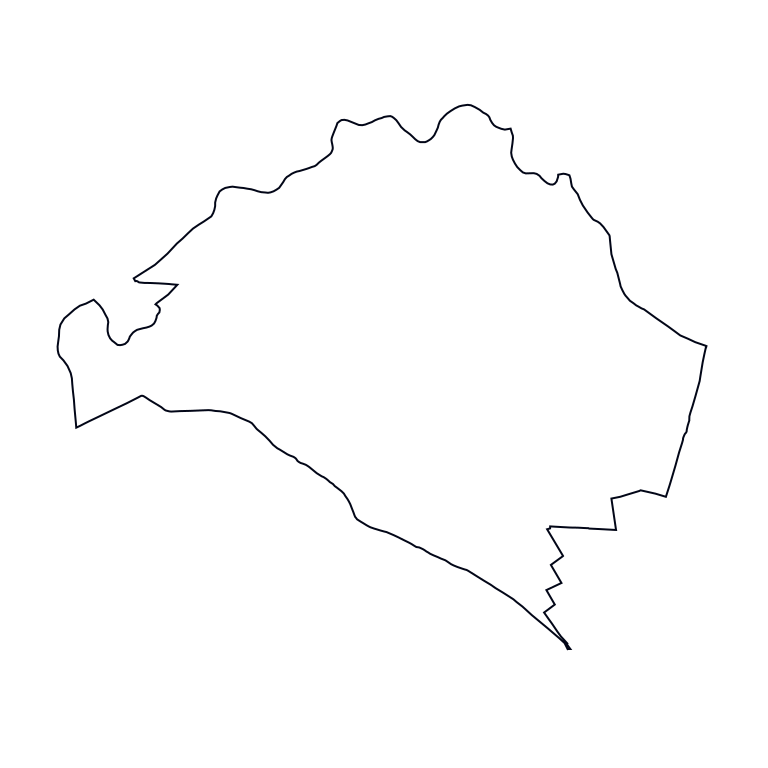 BOD, Brasov, Romania, rotated 267°
{"feature_id": "2599482B89671579374338", "entity_name": "BOD", "entity_type": "district", "adm_level": 2, "iso_a3": "ROU", "parent_name": "Romania", "parent_adm1": "Brasov", "projection": "albers", "projection_center": [25.636, 45.77], "detail": "fine", "context": "isolated", "style": "outline", "palette": "ink", "viewbox_px": 768, "rotation_deg": 267, "n_neighbors": 0, "source": "geoboundaries", "source_scale": "gbopen_adm2", "svg_char_len": 6125}
<svg xmlns="http://www.w3.org/2000/svg" viewBox="0 0 768 768"><g transform="rotate(267 384 384)"><path d="M583.9,568.9L581.7,568.7L577.3,567.0L575.1,565.0L574.3,563.0L574.6,560.4L575.9,557.7L578.3,554.9L581.3,552.0L583.8,550.2L585.8,547.5L586.7,544.6L586.8,540.8L586.9,536.6L588.0,533.8L590.4,531.3L593.7,528.4L597.3,526.3L601.3,524.5L604.5,523.5L608.3,523.1L611.7,523.7L617.2,524.8L622.8,525.7L625.2,525.7L628.6,524.7L632.4,523.8L631.7,518.0L632.1,516.6L632.7,514.5L633.9,511.8L635.0,509.5L636.6,507.4L639.1,505.6L642.2,504.0L644.8,503.2L646.6,502.0L648.3,500.0L649.8,497.3L652.8,493.9L655.8,489.2L657.8,485.4L658.4,482.1L657.9,476.7L657.3,473.5L655.5,469.1L653.1,464.8L650.7,461.0L648.2,458.1L646.8,456.8L644.9,454.7L643.0,453.4L640.1,452.1L637.2,451.2L634.5,449.8L629.9,447.3L628.1,445.7L626.3,443.7L625.2,441.9L624.0,439.6L623.4,437.8L623.5,435.6L623.6,433.5L623.7,432.6L624.8,430.3L626.9,427.9L629.3,425.7L631.9,423.2L634.5,420.1L636.2,417.9L639.8,414.5L643.6,412.2L646.8,410.1L648.9,408.0L650.4,406.2L651.2,404.4L651.1,401.6L650.7,398.1L649.7,395.5L649.1,392.5L647.8,388.8L646.2,385.6L645.1,382.0L644.1,379.0L643.6,375.8L644.0,372.4L645.4,369.4L649.1,361.4L649.9,358.2L649.8,355.4L648.9,353.7L647.0,351.1L644.4,350.1L637.5,346.9L635.7,346.1L633.9,345.3L632.3,344.7L630.4,344.3L628.2,344.5L626.5,344.8L624.2,345.1L622.4,345.2L621.1,345.0L619.3,344.2L617.6,343.3L616.3,342.0L614.6,339.7L613.4,337.9L612.1,335.9L610.2,333.0L608.5,330.6L606.3,328.1L605.2,326.2L604.5,323.3L603.6,320.5L602.8,317.7L601.9,314.0L601.1,310.7L600.7,308.0L599.8,305.3L598.7,302.7L597.1,300.2L595.8,297.8L593.8,295.8L590.9,293.9L585.4,289.6L583.7,286.8L582.2,283.8L581.3,280.7L581.0,278.2L581.5,275.2L582.0,271.5L583.1,267.9L584.3,264.9L585.4,261.6L586.2,257.7L587.1,253.9L587.6,250.4L588.4,246.1L589.0,243.1L588.8,240.3L588.1,235.7L586.7,232.6L584.9,229.9L580.9,227.5L578.1,226.1L574.1,224.9L570.5,224.7L566.8,223.7L563.5,222.3L560.4,220.3L555.7,212.6L552.9,207.5L549.2,201.4L545.0,196.4L539.8,190.5L535.1,184.5L525.5,174.6L515.0,161.5L502.6,139.6L499.7,141.0L499.8,142.2L499.4,143.3L498.5,144.3L498.2,145.2L497.5,149.9L497.1,155.9L496.3,164.2L495.7,169.6L495.1,174.6L494.7,177.0L493.9,182.8L487.5,176.2L484.6,173.2L476.6,161.2L475.5,160.0L474.1,161.8L471.5,163.9L469.7,164.0L467.2,163.4L465.9,162.0L464.1,160.7L462.0,160.3L458.8,159.0L456.4,157.5L454.5,155.0L453.6,152.8L452.8,149.7L452.3,146.3L451.5,142.4L451.0,140.2L449.9,138.2L448.6,136.2L447.1,134.8L445.5,133.4L444.5,132.6L443.6,132.3L441.7,131.4L439.9,130.3L437.6,127.5L436.9,124.9L436.6,122.5L437.0,119.9L438.3,118.5L440.1,116.5L441.5,114.8L443.9,112.9L447.4,111.4L450.9,110.8L453.2,110.8L457.2,111.3L460.2,111.9L463.9,111.3L467.8,109.4L473.1,107.0L477.5,104.0L483.4,98.5L479.9,90.6L478.1,84.4L474.7,78.9L469.9,72.9L466.3,68.2L460.3,64.0L455.2,62.5L448.7,61.9L444.0,61.0L438.5,60.0L434.6,60.0L431.3,60.5L428.3,61.7L424.4,65.1L418.5,68.9L411.3,71.7L406.0,72.6L400.3,72.7L392.8,73.0L384.7,73.5L375.2,73.7L367.9,74.0L360.4,74.3L356.5,74.4L358.2,78.5L360.2,82.9L362.2,87.5L366.3,97.4L372.9,113.2L378.5,126.7L383.4,137.7L384.4,139.8L384.9,140.9L384.9,142.0L384.5,143.2L383.0,145.4L380.1,149.2L379.1,150.7L372.6,160.3L369.7,163.5L369.0,164.6L368.5,166.2L367.9,168.2L367.6,170.0L367.6,178.8L367.3,189.6L367.2,199.7L367.1,207.3L366.8,210.0L365.9,214.2L365.3,219.1L363.5,226.7L363.1,228.3L362.4,230.0L361.4,231.9L357.4,239.3L353.5,247.4L351.8,250.0L349.5,251.8L345.9,254.4L344.8,255.5L341.7,258.9L338.0,262.7L333.3,266.8L329.1,270.0L327.3,272.0L325.4,274.1L324.0,276.4L320.1,282.0L318.9,283.7L317.5,286.3L316.0,289.8L314.6,291.7L313.6,292.5L311.7,293.6L310.6,294.9L309.5,296.6L308.7,298.8L307.4,301.7L306.3,303.3L305.0,305.0L302.8,307.4L298.5,312.1L296.3,315.2L295.0,317.1L294.2,318.8L292.2,321.5L290.4,323.4L288.9,324.8L286.8,327.8L284.6,329.5L283.0,331.5L279.2,335.9L276.7,338.2L274.2,339.5L271.2,341.4L268.5,342.8L265.8,344.0L261.8,345.3L257.3,346.8L254.3,347.7L252.7,348.3L252.0,348.9L250.3,350.0L249.0,351.8L247.5,353.9L246.1,356.0L243.8,359.3L242.5,361.4L241.6,363.0L241.0,364.5L240.1,366.7L239.4,368.7L238.0,372.5L236.7,376.4L236.0,378.8L235.0,380.8L232.6,385.7L230.4,389.8L227.2,395.4L224.3,400.6L222.7,403.2L221.4,405.0L220.0,407.0L219.5,407.8L219.2,409.4L218.9,410.7L217.9,412.6L216.8,414.6L215.8,416.0L214.5,417.6L213.4,419.4L212.1,421.1L210.3,424.5L208.3,428.7L206.7,431.7L205.4,434.6L204.7,436.1L203.3,438.0L202.0,439.7L200.6,441.5L199.2,444.0L198.1,446.3L197.4,447.8L195.3,453.0L194.5,455.1L194.0,456.7L193.1,458.2L186.7,467.3L182.3,473.6L178.0,480.0L174.4,484.6L169.5,491.8L166.3,496.3L162.2,502.0L159.4,504.9L154.5,510.6L145.3,519.7L131.2,535.0L120.8,545.9L115.8,550.8L109.6,553.5L109.7,553.9L109.7,554.5L109.6,556.2L112.0,554.6L115.0,552.8L115.4,553.4L117.5,551.7L119.7,549.9L122.7,547.4L124.3,546.4L124.7,546.1L127.8,544.1L136.4,538.9L140.4,536.3L147.4,531.9L154.8,543.0L169.7,535.4L176.0,550.8L194.6,541.2L202.7,553.6L202.9,553.8L230.4,539.3L231.1,542.3L233.1,542.5L232.5,547.8L231.7,555.1L230.9,562.5L230.4,569.9L229.6,577.3L229.3,580.7L228.9,581.2L227.8,592.1L226.2,606.9L226.1,608.1L226.9,608.0L257.7,605.1L259.0,614.0L260.8,621.1L263.8,633.3L264.4,634.7L262.3,642.2L260.3,649.3L256.6,659.6L267.6,663.8L272.3,665.5L287.0,670.7L293.6,672.9L300.2,675.1L303.4,676.3L309.5,678.6L312.8,679.7L314.0,679.8L315.3,680.3L317.8,681.5L318.8,682.2L319.6,683.1L320.7,683.7L322.6,684.0L325.2,684.7L327.1,685.3L331.7,687.0L332.5,687.0L335.8,687.3L339.4,688.5L343.8,690.2L345.6,690.9L355.3,694.3L370.5,699.4L374.9,700.3L389.1,703.4L397.1,705.5L404.6,707.6L404.4,707.8L405.0,708.0L405.1,707.8L405.3,707.4L409.5,697.0L413.2,690.1L417.0,682.4L421.8,676.6L426.6,670.7L435.4,659.3L444.9,647.6L446.0,645.2L448.1,642.0L449.3,640.0L451.5,637.5L454.3,633.9L456.3,632.4L459.6,629.8L461.4,628.7L465.1,627.0L469.1,625.4L471.7,625.0L482.8,622.8L486.8,621.4L501.7,617.9L516.4,617.2L519.5,617.1L520.7,616.9L526.0,613.5L529.3,611.4L533.1,608.2L534.9,605.9L536.9,602.1L537.6,601.3L539.2,600.1L544.6,596.3L551.9,591.9L557.7,589.3L563.4,587.4L568.6,583.7L571.3,582.0L574.6,581.5L579.2,581.0L582.7,580.1L583.3,578.7L584.2,576.2L584.6,574.0L583.9,568.9Z" fill="none" stroke="#020617" stroke-width="2"/></g></svg>